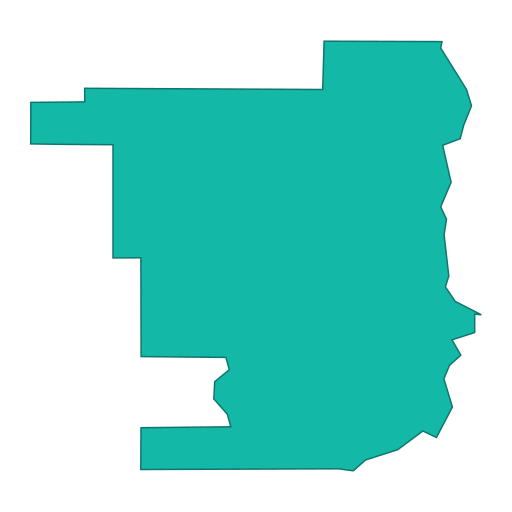 outline of Jefferson Davis, Louisiana, United States of America
{"feature_id": "52423323B3743396317208", "entity_name": "Jefferson Davis", "entity_type": "district", "adm_level": 2, "iso_a3": "USA", "parent_name": "United States of America", "parent_adm1": "Louisiana", "projection": "orthographic", "projection_center": [-92.778, 30.263], "detail": "fine", "context": "isolated", "style": "filled", "palette": "teal", "viewbox_px": 512, "rotation_deg": 0, "n_neighbors": 0, "source": "geoboundaries", "source_scale": "gbopen_adm2", "svg_char_len": 730}
<svg xmlns="http://www.w3.org/2000/svg" viewBox="0 0 512 512"><path d="M440.7,48.0L442.0,41.6L324.1,41.2L322.7,89.5L84.7,88.3L84.7,101.9L30.8,102.4L30.8,122.0L30.7,139.3L30.7,143.9L66.6,144.4L113.0,144.7L113.0,257.9L140.9,257.8L141.1,356.6L225.9,357.4L229.3,369.7L214.7,381.7L213.8,398.9L227.3,414.2L230.8,426.8L141.0,427.7L140.8,469.5L338.5,468.8L353.3,470.8L365.5,460.0L397.8,449.6L422.9,431.0L436.4,437.5L446.5,418.3L452.4,407.0L443.9,378.8L449.5,365.3L460.8,355.2L452.0,339.8L474.7,332.5L474.7,314.1L481.3,314.8L455.2,301.4L445.4,286.9L448.8,276.0L444.1,234.8L446.5,219.2L440.7,206.9L451.1,182.3L442.7,145.3L460.2,138.7L463.7,125.2L471.5,105.8L466.5,89.5L440.7,48.0Z" fill="#14b8a6" stroke="#0f766e" stroke-width="1.5"/></svg>